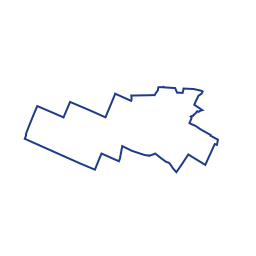 Uda-Clocociov, Teleorman, Romania, rotated 222°
{"feature_id": "2599482B85467448595775", "entity_name": "Uda-Clocociov", "entity_type": "district", "adm_level": 2, "iso_a3": "ROU", "parent_name": "Romania", "parent_adm1": "Teleorman", "projection": "equal_earth", "projection_center": [24.718, 43.898], "detail": "fine", "context": "isolated", "style": "outline", "palette": "blue", "viewbox_px": 256, "rotation_deg": 222, "n_neighbors": 0, "source": "geoboundaries", "source_scale": "gbopen_adm2", "svg_char_len": 1461}
<svg xmlns="http://www.w3.org/2000/svg" viewBox="0 0 256 256"><g transform="rotate(222 128 128)"><path d="M97.0,205.1L97.9,205.0L100.4,203.6L105.3,200.9L113.1,194.5L112.5,193.6L110.9,190.6L111.6,190.1L115.2,187.1L119.7,189.2L124.5,185.4L128.0,182.6L129.1,182.4L129.1,181.8L129.4,181.6L130.8,180.4L131.9,179.5L132.7,178.5L131.3,176.4L131.0,175.8L130.6,172.1L130.5,171.9L130.2,170.2L130.4,170.1L135.6,165.2L147.3,154.3L145.4,152.6L144.9,152.2L144.3,151.3L143.8,150.3L144.0,150.2L160.5,144.9L160.3,144.6L151.9,120.9L152.0,120.8L160.8,118.0L169.9,115.0L188.5,108.6L188.3,108.0L183.0,92.7L183.4,92.6L191.9,89.8L210.1,83.6L210.0,83.3L208.0,77.4L204.3,67.1L203.7,65.4L200.5,56.9L199.8,55.3L199.4,54.7L198.6,54.0L198.3,53.1L197.5,50.9L139.9,69.6L124.7,74.9L129.2,87.2L130.6,91.3L112.5,97.2L113.5,99.8L120.2,110.7L115.7,112.0L110.2,113.5L100.3,117.8L97.5,119.1L95.7,120.3L93.9,121.4L94.1,121.6L93.5,122.0L92.6,123.3L91.9,124.7L90.7,127.2L83.1,127.7L77.3,128.3L76.4,128.6L74.5,129.5L73.1,129.5L70.9,129.0L69.2,128.5L67.6,128.1L63.2,127.6L62.5,127.5L63.7,137.1L65.5,148.7L59.2,149.8L45.9,152.3L52.8,174.1L50.6,175.0L53.4,179.5L54.9,179.1L61.6,177.5L61.9,178.1L70.1,176.2L73.5,175.5L78.6,174.9L85.5,172.7L87.5,178.1L89.0,178.4L88.2,180.6L87.8,180.7L87.9,182.1L87.8,183.2L87.5,184.3L87.9,186.4L87.7,186.8L86.4,187.1L85.8,189.3L84.7,191.0L91.1,190.1L94.3,189.6L95.4,192.8L97.2,199.1L96.3,202.8L96.6,203.9L97.0,205.1Z" fill="none" stroke="#1e3a8a" stroke-width="2"/></g></svg>